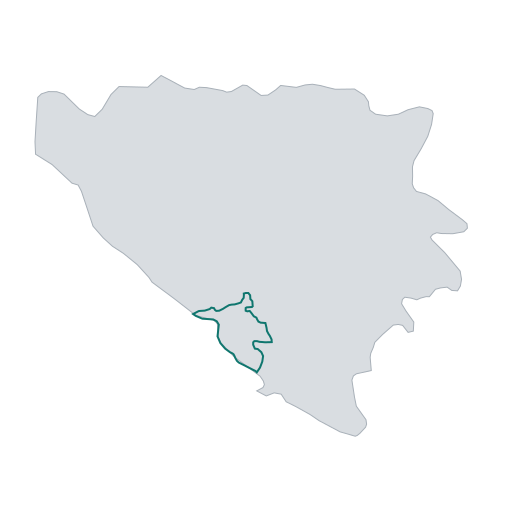 West Herzegovina highlighted on a map of Bosnia and Herzegovina, rotated 356°
{"feature_id": "BIH-2227", "entity_name": "West Herzegovina", "entity_type": "Canton", "adm_level": 1, "iso_a3": "BIH", "parent_name": "Bosnia and Herzegovina", "parent_adm1": "", "projection": "robinson", "projection_center": [17.518, 43.363], "detail": "fine", "context": "in_parent", "style": "outline", "palette": "teal", "viewbox_px": 512, "rotation_deg": 356, "n_neighbors": 0, "source": "natural_earth", "source_scale": "10m", "svg_char_len": 3133}
<svg xmlns="http://www.w3.org/2000/svg" viewBox="0 0 512 512"><g transform="rotate(356 256 256)"><path d="M441.7,123.2L442.7,126.3L440.3,137.0L435.7,148.6L428.2,160.6L420.3,171.9L418.3,177.9L417.8,187.4L416.9,194.9L418.0,199.0L420.6,202.8L429.5,205.9L441.4,213.4L451.6,223.2L464.6,234.4L468.7,238.5L468.8,243.0L465.0,246.3L453.9,247.5L442.4,246.5L437.9,245.4L433.8,246.8L431.3,249.3L432.7,252.3L444.6,265.9L458.6,285.3L459.4,293.6L457.8,300.2L454.6,304.8L448.9,304.0L444.5,300.4L437.9,300.7L432.7,301.7L426.1,308.7L422.8,308.4L417.1,309.5L413.4,310.9L407.7,308.8L401.6,307.5L399.0,309.6L397.9,313.8L401.7,321.2L408.8,332.9L407.7,341.9L402.4,342.8L397.4,335.4L393.1,334.2L388.1,334.5L376.8,343.1L368.5,350.4L366.6,355.4L363.7,361.0L362.8,365.0L363.0,378.3L348.0,380.5L344.8,382.4L343.0,386.5L344.4,403.6L345.6,412.8L354.3,427.0L354.6,431.5L353.4,434.4L347.3,440.1L344.4,442.1L342.4,442.7L332.4,439.0L327.6,437.3L307.5,424.7L298.6,417.7L284.6,408.6L275.9,403.5L271.5,395.6L264.6,393.8L256.5,396.3L247.3,390.6L253.8,387.7L255.4,384.9L254.6,381.2L251.7,376.2L226.9,354.8L214.8,340.1L212.8,334.8L212.7,320.8L209.8,317.4L191.7,311.0L171.4,292.8L150.5,274.9L147.7,269.9L137.0,256.4L123.9,244.1L113.5,236.3L104.9,227.3L95.5,214.9L90.7,196.0L86.4,179.3L83.5,172.8L77.5,170.5L59.0,150.6L43.2,139.1L43.5,126.6L46.2,105.8L49.4,82.5L53.2,79.3L60.4,77.5L68.7,78.2L75.8,81.1L89.9,97.0L98.0,103.2L104.9,105.6L112.8,98.9L122.6,84.8L131.2,77.4L159.8,80.1L173.9,69.3L196.6,83.5L206.0,85.6L211.3,83.7L218.5,84.6L234.4,88.7L238.1,90.5L242.9,90.2L254.7,84.6L258.8,85.3L272.3,96.2L279.1,96.3L287.3,91.6L292.5,87.6L308.0,90.6L316.9,88.8L324.3,88.6L332.3,90.5L339.6,93.0L346.7,95.2L365.9,96.3L375.2,103.2L378.9,110.0L379.0,114.1L379.9,118.6L385.2,122.9L396.8,125.4L404.1,124.8L407.9,124.5L417.8,120.7L429.4,118.6L437.7,120.9L441.7,123.2Z" fill="#d9dde1" stroke="#a8b0b8" stroke-width="1"/><path d="M232.4,361.7L231.4,361.1L229.7,359.3L228.4,356.7L227.4,353.9L226.7,352.4L225.5,351.4L223.3,350.1L218.8,346.3L214.4,340.4L212.0,333.5L214.1,321.9L212.3,318.4L208.9,316.3L198.1,314.8L191.7,311.5L189.2,309.5L194.2,307.3L195.3,306.9L201.1,306.9L206.1,305.7L207.8,304.4L210.5,305.1L211.2,306.8L212.5,308.0L215.5,308.0L219.4,306.4L222.1,304.9L225.8,303.1L228.3,302.8L231.4,302.8L235.2,302.0L237.7,301.3L239.2,298.7L240.8,296.9L241.2,294.0L241.2,292.6L241.8,292.5L243.1,292.2L245.6,292.4L245.8,292.4L246.5,293.5L247.4,294.7L247.4,297.3L247.4,298.6L248.4,299.8L249.2,300.9L249.2,303.7L249.2,305.9L248.9,306.1L248.4,306.6L246.8,306.6L244.4,306.6L243.1,306.6L242.3,307.0L242.1,307.1L241.9,309.0L241.9,309.9L243.5,310.6L244.2,310.5L245.9,310.4L247.6,312.8L249.6,316.0L252.1,317.5L252.7,319.3L253.9,321.7L254.2,321.7L255.9,322.8L260.7,323.5L261.1,325.9L261.4,327.8L261.5,328.4L261.7,331.1L261.7,331.5L263.0,334.5L264.1,336.4L264.3,336.8L264.5,337.3L265.7,340.3L265.7,343.0L265.3,343.0L259.0,342.7L255.9,342.2L253.6,341.9L251.1,341.0L248.4,340.8L247.2,341.9L247.0,344.3L247.3,345.2L248.4,348.3L248.7,348.4L251.2,348.9L254.6,352.3L254.8,352.8L256.1,356.3L254.9,361.8L252.2,367.6L248.7,372.1L247.6,370.8L232.4,361.7Z" fill="none" stroke="#0f766e" stroke-width="2"/></g></svg>